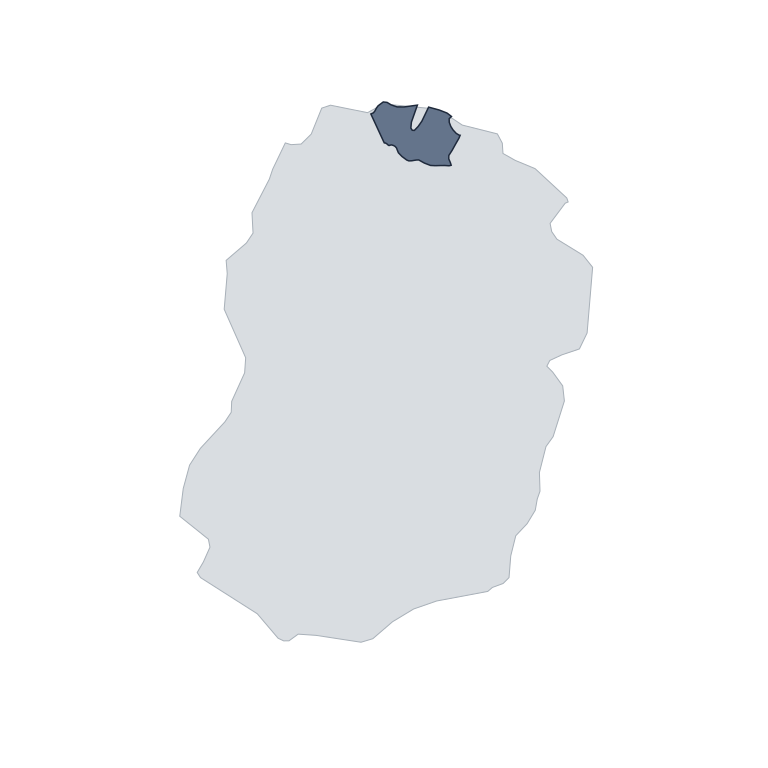 where Struga sits in North Macedonia, rotated 119°
{"feature_id": "MKD-4845", "entity_name": "Struga", "entity_type": "Statistical Region", "adm_level": 1, "iso_a3": "MKD", "parent_name": "North Macedonia", "parent_adm1": "", "projection": "natural_earth1", "projection_center": [20.642, 41.252], "detail": "fine", "context": "in_parent", "style": "filled", "palette": "slate", "viewbox_px": 768, "rotation_deg": 119, "n_neighbors": 0, "source": "natural_earth", "source_scale": "10m", "svg_char_len": 2033}
<svg xmlns="http://www.w3.org/2000/svg" viewBox="0 0 768 768"><g transform="rotate(119 384 384)"><path d="M348.3,210.6L360.2,212.0L386.0,205.2L402.1,195.6L410.3,194.2L421.1,190.5L436.8,191.1L452.8,195.2L472.9,189.8L492.7,180.8L500.7,183.1L509.4,190.6L515.1,192.7L548.3,232.8L566.4,249.0L587.8,261.3L612.2,270.3L621.0,278.9L636.8,321.6L644.4,337.8L654.7,342.6L657.3,347.2L657.7,353.4L646.4,383.4L642.3,450.6L639.4,456.0L627.2,455.7L611.1,457.1L604.9,462.3L598.7,498.5L572.8,508.9L549.2,514.7L529.3,513.4L494.2,504.8L482.8,503.9L473.0,508.8L441.8,511.3L428.1,517.7L396.1,560.0L363.5,574.6L352.4,582.0L327.4,572.7L315.5,571.7L298.2,582.5L260.4,583.6L250.1,585.5L221.0,587.2L219.7,581.3L214.3,572.8L200.7,568.8L172.9,572.2L166.1,566.0L154.7,530.0L145.8,524.3L135.8,512.2L118.9,473.2L118.4,456.0L119.6,441.1L110.3,406.1L116.0,397.3L124.7,391.7L124.8,377.6L122.4,356.2L132.7,314.3L135.5,311.2L138.1,313.2L163.0,316.6L169.4,311.2L173.5,303.0L174.9,272.3L180.8,258.1L240.9,231.1L258.6,230.1L272.2,242.5L283.0,250.4L289.5,250.2L291.8,242.2L299.0,226.8L311.4,218.0L347.9,210.6L348.3,210.6Z" fill="#d9dde1" stroke="#a8b0b8" stroke-width="1"/><path d="M120.4,455.6L123.5,453.8L126.3,450.5L128.3,446.8L129.8,442.3L129.9,438.6L129.6,438.0L132.7,437.6L139.3,437.7L146.5,437.7L152.7,438.1L155.7,436.5L158.1,433.4L159.5,431.9L160.1,431.3L160.9,432.1L161.4,432.7L161.6,432.9L163.4,436.7L165.7,440.8L168.2,445.0L170.3,449.3L171.2,455.9L171.2,459.5L171.2,462.3L172.5,464.4L173.9,466.2L175.2,467.8L176.8,470.4L177.1,472.7L176.3,478.6L174.8,483.5L172.8,486.0L171.5,487.5L170.8,489.5L170.8,491.3L171.2,493.3L171.9,494.2L173.0,495.2L173.0,496.3L172.6,497.8L172.5,499.4L173.0,500.6L172.2,501.8L154.2,526.4L151.9,524.7L150.0,524.4L149.4,524.3L146.7,524.4L143.8,524.1L142.1,523.4L137.7,521.4L136.2,517.8L136.4,513.0L135.3,506.9L131.9,500.7L123.9,490.0L141.6,487.0L147.1,484.6L148.4,482.3L147.5,480.4L142.3,479.0L135.8,478.3L120.2,479.2L117.6,468.6L116.5,460.5L116.5,459.9L117.3,454.7L120.4,455.6Z" fill="#64748b" stroke="#1e293b" stroke-width="1.5"/></g></svg>